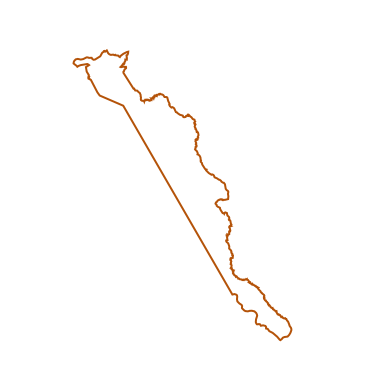 Óbidos, Pará, Brazil, rotated 150°
{"feature_id": "56859067B10175344529781", "entity_name": "Óbidos", "entity_type": "district", "adm_level": 2, "iso_a3": "BRA", "parent_name": "Brazil", "parent_adm1": "Pará", "projection": "natural_earth1", "projection_center": [-55.806, 0.073], "detail": "fine", "context": "isolated", "style": "outline", "palette": "amber", "viewbox_px": 384, "rotation_deg": 150, "n_neighbors": 0, "source": "geoboundaries", "source_scale": "gbopen_adm2", "svg_char_len": 5987}
<svg xmlns="http://www.w3.org/2000/svg" viewBox="0 0 384 384"><g transform="rotate(150 192 192)"><path d="M208.3,83.0L206.3,82.4L205.1,81.1L204.7,80.0L205.2,78.7L206.7,76.6L207.4,74.5L206.7,71.8L205.5,69.4L205.6,68.2L206.5,67.0L206.8,66.2L205.9,63.1L205.2,62.1L203.3,60.7L201.3,60.2L199.5,59.2L197.6,57.4L196.9,55.2L197.0,53.6L197.4,52.3L200.2,49.7L201.7,47.6L202.0,46.8L202.0,45.1L201.2,44.5L200.1,44.2L199.3,43.5L199.2,41.7L197.1,41.0L195.4,39.3L195.3,38.2L196.1,36.7L194.9,35.6L194.6,32.8L192.6,29.7L191.9,27.8L190.6,24.1L189.9,20.2L189.5,19.5L187.6,19.8L186.2,20.4L184.5,20.2L181.5,19.0L179.2,19.7L177.1,20.9L175.1,22.6L174.5,23.6L174.2,24.8L174.4,27.5L174.1,28.3L173.6,31.8L174.0,33.3L173.8,34.9L174.5,35.4L174.4,36.1L175.6,36.6L176.2,37.6L176.3,38.7L176.7,38.6L177.1,39.9L177.3,39.8L177.3,41.4L178.0,41.8L178.4,42.4L178.1,42.7L178.8,43.6L179.0,43.6L179.0,45.0L178.4,46.6L179.2,46.8L179.2,47.5L179.8,48.3L180.0,49.6L180.5,50.0L180.2,51.3L180.7,51.4L181.3,52.4L181.5,53.4L181.3,53.6L181.5,54.7L182.2,55.2L182.2,55.6L181.7,55.9L182.2,56.8L181.7,57.6L182.0,58.0L182.0,59.3L182.5,60.2L182.3,60.9L182.6,61.0L182.9,61.9L182.9,63.1L182.6,63.4L182.9,63.8L182.6,64.3L182.1,64.3L182.0,65.0L181.6,65.5L181.8,65.6L181.2,66.2L181.1,66.9L182.2,69.6L182.0,69.9L182.5,71.1L182.3,71.8L183.0,74.3L183.1,75.7L182.5,75.9L182.9,76.3L182.8,76.8L183.2,77.4L183.6,77.2L183.8,77.4L183.7,78.4L184.1,78.8L184.0,79.1L184.6,79.5L185.0,80.8L185.6,81.0L185.8,81.5L185.7,82.3L186.5,82.2L186.6,82.5L186.3,82.9L187.5,84.2L187.6,84.4L187.4,84.6L187.1,84.4L186.8,84.9L187.8,85.6L187.3,85.9L187.5,87.8L188.1,88.5L188.0,88.9L188.3,88.8L188.7,89.5L189.2,89.2L190.9,90.2L191.2,89.8L191.5,90.0L192.5,90.6L192.5,91.2L194.3,92.6L194.5,93.4L195.1,93.7L194.9,94.0L195.4,94.9L195.6,96.8L195.8,97.0L196.4,96.8L196.4,98.1L197.0,98.8L196.8,99.9L197.2,100.5L197.1,101.4L196.0,102.1L196.1,102.9L195.1,103.3L195.7,104.0L196.1,103.9L195.9,104.8L196.3,105.3L195.7,106.0L196.4,106.8L195.5,107.2L194.3,108.8L194.6,110.3L193.7,110.8L193.5,111.7L192.6,112.3L192.5,113.3L192.8,113.9L192.3,114.8L191.8,115.2L191.5,114.5L190.5,115.0L189.7,114.6L188.3,116.5L188.8,116.9L188.8,117.3L188.0,118.2L188.3,119.7L187.8,120.3L187.9,120.6L187.4,121.7L188.1,124.4L186.9,126.3L186.3,129.5L187.0,131.5L186.9,132.6L186.5,133.0L185.3,132.6L184.4,135.1L183.3,136.0L183.9,136.7L183.7,137.2L182.8,136.8L182.5,137.5L182.0,136.8L180.8,136.9L179.7,139.1L179.2,139.4L178.7,138.9L178.2,139.3L177.5,141.2L177.5,142.7L177.0,143.4L176.4,143.6L175.9,143.0L175.1,142.9L175.5,143.6L174.1,144.2L174.2,145.0L173.2,147.8L173.2,148.4L173.9,149.0L173.9,149.4L173.8,149.7L173.5,149.6L172.6,151.1L172.5,152.1L173.1,153.9L172.3,156.4L173.4,157.7L174.0,157.7L175.0,157.0L175.0,157.7L176.0,158.4L176.2,161.8L176.1,163.3L175.7,164.4L177.1,166.4L177.5,167.8L177.1,168.7L177.5,170.1L176.5,171.0L175.4,171.0L174.1,171.7L172.1,171.7L171.9,171.4L170.9,171.4L170.4,170.9L169.8,170.8L169.8,170.0L169.3,169.4L168.4,169.4L167.6,168.8L164.3,167.8L162.6,170.2L161.8,172.4L160.5,173.9L160.4,175.1L161.0,176.2L161.2,177.9L159.6,182.2L159.8,184.0L160.3,184.3L161.3,186.1L161.3,187.2L161.9,188.7L162.6,189.3L163.5,191.3L165.1,193.4L164.8,195.3L165.0,196.2L165.8,197.2L166.5,197.2L168.0,200.0L169.0,203.8L168.9,204.3L168.4,204.4L169.1,205.2L169.2,206.2L169.4,210.8L168.9,212.0L169.3,213.7L169.0,214.6L168.5,214.7L168.2,215.9L167.4,217.8L167.3,219.6L167.7,221.0L168.4,221.8L167.9,222.2L167.5,223.3L167.4,225.2L167.9,226.4L168.0,227.5L166.9,228.3L166.5,229.2L166.1,229.4L165.5,229.1L165.0,229.5L164.7,230.3L164.9,231.4L164.6,231.8L164.1,231.9L163.8,232.5L163.7,234.2L163.0,234.9L162.8,235.5L162.0,235.7L161.8,235.6L161.6,234.6L160.9,234.6L160.3,235.8L159.5,235.9L159.4,236.9L157.9,238.0L157.1,240.3L157.2,241.4L157.9,241.6L157.3,243.4L157.3,244.6L157.5,245.0L157.0,245.3L157.1,246.6L157.0,247.3L156.0,248.2L155.9,248.8L155.7,248.4L155.2,248.7L155.1,250.9L154.0,251.5L154.2,252.0L153.7,253.4L154.9,254.9L155.1,257.1L155.6,257.9L156.3,260.7L156.8,261.1L157.1,261.0L157.5,259.9L158.6,260.7L159.1,260.8L160.0,260.2L161.5,260.7L162.0,261.3L161.8,262.8L163.9,265.0L165.2,267.8L165.3,268.6L166.0,269.3L165.6,273.4L166.4,275.2L167.6,275.4L168.2,277.5L168.1,279.0L167.4,279.3L167.1,282.8L166.2,286.1L166.5,286.9L168.3,288.0L168.4,290.2L169.0,291.3L169.7,291.8L170.3,292.8L170.9,292.7L170.8,293.1L171.4,293.4L172.8,293.2L173.8,293.7L174.4,292.9L174.7,293.5L175.2,293.2L175.8,294.2L176.3,294.3L176.7,294.0L176.6,293.8L176.9,293.8L177.2,293.0L177.5,293.2L178.0,292.7L177.9,293.4L178.5,293.3L178.6,293.5L179.6,293.2L179.7,292.9L180.5,293.4L180.4,292.8L181.0,292.0L181.3,292.4L182.0,292.1L182.4,292.4L182.5,292.1L183.4,292.4L183.5,293.3L184.0,294.0L184.5,294.0L184.7,294.3L185.0,294.2L185.3,294.6L185.5,294.5L185.8,295.0L186.4,295.3L186.9,294.7L187.5,294.9L188.1,294.3L188.0,295.0L189.6,295.9L190.2,297.0L190.0,297.8L188.8,299.6L188.6,300.7L188.0,301.6L187.7,303.9L188.3,305.1L188.8,307.2L190.4,308.3L190.4,310.5L191.0,310.7L191.8,329.5L191.2,330.5L190.6,330.6L189.2,331.8L187.2,332.2L186.6,333.2L186.6,333.4L187.8,333.9L188.5,334.8L191.1,335.6L191.4,336.0L189.8,336.4L187.6,337.4L187.1,336.7L186.6,336.9L186.0,337.4L185.8,338.1L184.6,338.5L183.5,340.1L182.3,339.2L181.3,340.7L181.3,341.2L180.7,342.2L180.4,343.1L179.2,343.1L178.0,344.1L177.1,345.4L178.6,345.8L182.3,346.0L185.6,345.6L187.0,344.9L187.6,346.1L187.6,346.9L189.8,348.6L189.9,349.2L190.8,349.3L191.6,350.4L193.7,351.3L194.3,352.0L194.8,352.8L195.2,354.1L195.0,357.2L196.8,356.9L197.1,357.0L197.2,357.9L197.9,358.1L198.6,357.6L200.1,357.5L203.6,355.4L209.8,355.2L211.2,355.8L211.8,357.1L211.8,358.4L214.2,359.7L214.9,360.6L216.0,361.3L219.7,361.5L222.1,362.3L224.4,364.4L226.4,365.0L228.2,364.5L229.5,363.6L230.3,362.5L228.8,358.8L228.7,357.8L227.1,357.9L224.8,357.5L218.7,355.2L218.0,354.2L217.7,353.4L221.4,353.2L223.0,348.9L222.9,344.8L223.6,343.8L223.4,343.2L223.9,343.0L224.2,343.4L224.6,342.9L224.3,341.8L224.9,342.2L225.0,342.0L223.5,339.7L224.1,325.6L223.7,321.7L208.4,301.1L208.3,83.0Z" fill="none" stroke="#b45309" stroke-width="2"/></g></svg>